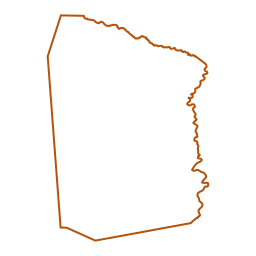 Baganuur, Govĭ-Sümber, Mongolia (Equal Earth projection)
{"feature_id": "93677404B2463849994891", "entity_name": "Baganuur", "entity_type": "district", "adm_level": 2, "iso_a3": "MNG", "parent_name": "Mongolia", "parent_adm1": "Govĭ-Sümber", "projection": "equal_earth", "projection_center": [108.426, 47.827], "detail": "fine", "context": "isolated", "style": "outline", "palette": "amber", "viewbox_px": 256, "rotation_deg": 0, "n_neighbors": 0, "source": "geoboundaries", "source_scale": "gbopen_adm2", "svg_char_len": 5707}
<svg xmlns="http://www.w3.org/2000/svg" viewBox="0 0 256 256"><path d="M151.8,43.3L151.0,43.1L150.3,42.9L149.9,42.5L149.7,42.0L149.3,41.9L149.1,41.0L148.4,40.6L148.1,40.1L148.0,39.7L147.6,39.4L147.2,39.4L146.7,39.3L146.4,39.0L146.3,38.7L146.4,38.4L146.5,38.2L146.4,37.9L145.9,37.4L145.5,37.5L145.0,37.4L144.0,37.1L143.7,36.7L143.2,36.4L142.4,36.2L142.0,36.2L141.6,36.2L141.5,36.4L141.2,36.6L140.8,36.7L140.8,37.1L140.4,37.4L139.9,37.5L139.2,37.6L139.0,37.8L138.9,38.1L138.7,38.2L138.2,38.2L138.0,38.4L137.7,38.6L137.3,38.6L136.7,38.3L136.2,38.4L135.9,38.5L135.4,38.5L135.1,38.3L134.8,38.0L134.2,37.0L133.6,36.6L133.4,36.6L133.1,36.7L132.9,36.3L132.5,35.9L131.9,35.3L131.1,34.9L129.7,33.7L128.8,32.9L128.5,32.2L127.7,31.9L127.2,31.6L126.7,31.1L126.3,30.8L126.0,30.2L125.4,30.0L125.1,29.4L124.5,29.1L124.2,28.8L123.9,28.6L123.6,28.3L123.1,28.0L121.7,28.0L120.8,28.0L120.6,28.1L120.2,28.3L120.1,28.5L119.8,28.6L119.3,28.8L118.8,28.8L118.4,28.4L118.3,27.9L117.3,27.1L117.3,26.5L117.4,26.3L117.4,26.0L116.5,25.2L115.8,24.8L115.2,24.8L114.4,24.9L113.2,24.8L112.1,25.0L111.3,25.4L110.8,25.5L110.1,25.4L109.8,25.5L109.1,26.1L108.5,26.2L108.0,26.1L107.6,25.7L106.5,25.7L105.6,25.2L104.7,24.4L103.1,22.6L102.3,22.0L101.6,21.8L101.0,21.8L100.1,22.3L99.3,23.0L99.2,22.9L98.5,23.1L97.9,23.1L95.9,22.2L94.6,20.9L93.9,20.3L91.7,20.0L90.7,19.6L89.4,19.7L88.5,19.4L87.7,19.4L87.2,19.1L87.2,18.8L87.1,18.6L86.1,18.7L85.4,18.5L85.0,18.4L84.4,17.8L84.2,17.2L84.3,16.8L84.0,16.4L83.8,15.9L83.5,15.8L60.9,15.4L47.7,56.4L60.6,227.5L66.6,227.7L95.3,240.6L190.8,223.1L193.1,220.8L194.2,220.1L195.1,219.2L195.8,218.5L196.5,218.2L197.2,218.1L197.7,217.8L198.1,217.3L198.1,216.6L198.6,216.3L199.2,216.2L199.8,215.7L200.0,215.3L199.9,214.7L199.2,213.3L198.7,212.0L198.5,211.0L198.6,210.3L199.1,209.4L200.0,208.6L200.4,208.1L201.4,207.3L202.3,205.8L202.4,204.6L202.2,203.8L201.5,202.8L200.0,201.6L199.7,201.3L199.3,200.6L199.1,199.0L198.6,197.9L197.8,196.5L197.5,195.7L197.5,195.0L197.7,193.6L198.1,192.9L199.3,192.1L202.0,190.8L203.4,189.8L203.8,188.6L204.7,187.0L205.5,186.4L207.0,186.6L207.6,186.4L207.9,186.1L208.3,184.4L207.8,183.0L206.6,182.8L203.5,182.9L202.8,182.8L202.3,182.5L202.1,182.2L202.2,181.8L202.9,180.9L203.6,179.9L204.4,179.1L205.0,178.5L205.5,178.0L206.2,176.9L206.3,176.3L205.9,175.5L205.0,174.1L204.0,172.9L202.6,172.3L201.5,172.1L200.6,171.6L198.8,170.4L197.9,170.0L197.0,169.9L196.2,170.0L194.7,170.7L194.0,170.9L193.0,170.5L192.4,170.2L192.2,169.7L192.4,169.2L192.8,168.9L193.5,167.4L194.6,165.8L195.6,164.7L196.5,163.6L197.5,162.8L198.4,162.4L199.5,162.1L201.5,160.6L201.6,160.1L201.6,159.5L201.1,158.9L200.4,158.7L199.1,158.5L198.2,158.3L197.9,158.0L197.9,157.2L198.0,156.5L198.2,156.3L199.0,156.0L199.4,155.6L199.6,155.1L199.6,154.7L199.1,154.6L198.6,154.3L198.2,152.8L198.1,151.6L198.2,150.3L197.8,149.7L197.9,148.0L198.1,146.9L198.4,145.9L197.5,144.4L197.1,143.9L197.4,143.0L197.4,142.1L197.0,141.5L195.8,141.1L195.0,140.8L194.6,140.5L194.4,140.1L194.3,139.4L194.6,138.3L195.1,137.7L195.6,137.3L196.2,137.2L197.1,137.0L197.3,136.8L197.3,136.3L196.9,134.7L196.9,133.8L196.7,133.1L196.0,132.4L195.6,131.6L195.6,130.5L196.8,127.8L197.4,126.7L197.5,126.2L197.4,125.9L196.8,125.2L196.1,124.7L195.0,124.0L194.0,123.6L193.6,123.2L193.4,122.7L193.8,122.2L195.0,121.3L194.9,121.0L195.0,120.8L196.6,119.7L196.1,118.7L194.8,117.4L194.6,117.0L194.6,116.7L195.0,116.0L195.4,115.3L195.6,114.5L195.4,113.8L194.6,112.8L194.2,111.9L193.7,111.2L193.4,110.6L193.2,109.9L193.0,109.3L193.1,108.5L193.4,108.0L194.2,107.4L195.0,106.7L194.7,105.9L194.3,104.8L193.8,104.4L193.0,104.3L191.3,104.5L191.1,104.8L190.8,105.1L190.5,105.3L189.1,105.3L188.2,105.1L187.7,104.8L187.4,104.2L187.3,103.5L187.7,102.8L188.7,102.1L189.5,101.5L190.0,100.7L190.0,100.0L189.7,99.0L188.7,98.0L188.7,97.8L188.8,97.7L189.2,97.7L189.6,97.8L190.3,98.1L191.1,98.2L191.6,98.0L192.3,97.3L192.7,96.4L192.7,95.6L192.5,95.0L191.9,94.8L191.4,94.7L191.1,94.4L191.2,94.2L191.3,94.1L191.7,93.9L192.5,93.6L193.5,93.6L194.4,92.9L195.0,92.2L195.3,91.5L195.2,90.3L195.1,89.5L195.2,88.9L195.4,88.7L197.7,87.6L199.5,86.6L199.7,86.2L199.8,85.4L200.0,85.1L200.4,84.6L200.5,83.8L200.7,83.2L200.7,82.5L200.3,81.8L200.3,81.4L200.5,81.2L201.1,80.8L201.7,80.6L203.0,80.1L204.1,79.4L204.6,78.8L204.7,78.0L204.5,77.4L203.2,76.2L203.0,75.7L203.1,75.2L203.4,74.7L204.3,74.4L205.4,74.2L206.4,73.8L207.1,73.4L207.3,72.9L207.3,72.2L206.8,71.6L206.2,71.4L205.6,71.2L205.1,70.8L204.7,70.3L204.6,69.6L204.7,68.9L205.6,67.9L206.4,67.2L206.5,66.9L206.5,65.9L206.1,64.6L205.2,63.7L204.4,63.0L196.5,57.0L196.2,56.9L195.7,56.8L195.4,56.7L195.1,56.4L194.9,56.1L194.9,55.7L194.6,55.6L194.3,55.5L193.3,55.6L193.2,55.5L193.1,55.3L193.0,55.2L192.8,55.1L191.6,55.6L191.1,55.6L190.3,55.5L190.1,55.3L190.1,54.7L189.9,54.6L189.7,54.6L189.3,54.3L189.1,54.3L188.7,54.8L188.1,54.8L188.0,54.4L188.5,53.8L188.6,53.6L188.5,53.3L188.2,53.1L187.6,52.9L186.3,52.5L185.7,52.2L185.4,51.9L185.2,51.6L184.8,51.5L184.5,51.6L184.1,51.8L183.6,52.0L183.2,52.0L183.0,51.8L182.9,51.5L182.7,51.4L182.4,51.5L181.8,51.5L181.6,51.2L181.4,50.5L181.2,50.2L180.7,50.2L180.3,50.2L179.5,50.4L178.5,50.6L177.7,50.5L177.2,50.4L176.9,50.2L176.2,50.1L175.9,49.9L175.5,49.7L175.3,49.4L175.4,48.9L175.1,48.4L174.8,48.1L174.3,48.0L173.6,48.3L172.6,48.6L172.0,48.7L170.9,48.8L170.3,48.5L170.0,48.1L170.0,47.7L169.9,47.3L169.1,47.0L168.6,47.0L168.1,47.2L167.5,47.4L166.7,47.2L165.8,47.3L165.1,47.3L164.5,47.4L163.9,47.4L163.6,47.1L163.3,46.9L163.0,46.9L162.6,46.8L162.5,46.3L162.2,46.1L161.5,45.9L159.3,45.9L158.7,46.1L158.2,46.2L157.6,45.9L157.2,45.5L156.8,45.3L155.8,45.5L155.4,45.4L154.8,45.5L154.2,45.5L153.8,45.3L153.7,45.0L153.8,44.6L153.5,44.5L152.9,44.5L152.3,44.0L151.8,43.3Z" fill="none" stroke="#b45309" stroke-width="2"/></svg>